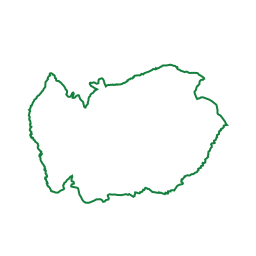 outline of Kazumba, Kasaï-Occidental, Democratic Republic of the Congo, rotated 74°
{"feature_id": "63176286B97272919542005", "entity_name": "Kazumba", "entity_type": "district", "adm_level": 2, "iso_a3": "COD", "parent_name": "Democratic Republic of the Congo", "parent_adm1": "Kasaï-Occidental", "projection": "albers", "projection_center": [21.968, -6.401], "detail": "fine", "context": "isolated", "style": "outline", "palette": "green", "viewbox_px": 256, "rotation_deg": 74, "n_neighbors": 0, "source": "geoboundaries", "source_scale": "gbopen_adm2", "svg_char_len": 5803}
<svg xmlns="http://www.w3.org/2000/svg" viewBox="0 0 256 256"><g transform="rotate(74 128 128)"><path d="M129.8,36.8L125.3,40.0L123.2,42.0L119.2,47.4L118.7,49.4L119.2,51.3L119.0,52.7L119.2,53.5L117.0,54.0L112.7,54.3L111.5,54.1L110.2,52.3L107.1,50.4L106.7,49.0L106.2,48.7L105.6,47.3L103.5,46.6L102.5,45.8L101.9,44.2L102.3,42.6L101.8,42.2L101.7,41.2L100.7,41.3L99.9,41.8L97.4,43.9L96.7,44.9L94.5,45.9L93.5,48.3L92.0,53.7L91.4,54.6L90.0,55.9L89.8,58.4L89.0,59.1L87.7,61.3L86.3,62.4L85.1,64.1L84.1,64.3L83.5,63.8L83.0,63.8L82.7,64.8L81.3,65.6L80.7,67.2L79.8,68.1L79.3,69.4L78.8,69.8L78.6,73.0L77.5,77.5L78.2,78.8L78.1,79.6L78.9,82.2L78.7,83.0L79.0,83.7L78.3,84.5L79.1,84.7L79.3,85.1L78.2,87.4L78.8,88.6L79.5,92.0L79.8,97.2L80.7,98.6L79.7,99.9L79.8,100.4L80.4,100.9L80.7,102.3L80.1,103.8L79.6,106.9L79.7,107.5L80.6,108.2L80.5,108.9L81.4,109.4L81.6,110.0L81.1,112.0L81.7,112.7L81.6,114.2L82.4,115.1L82.2,115.5L82.9,116.0L83.1,117.1L83.4,117.5L83.7,119.6L83.5,120.1L84.1,121.9L83.8,124.2L83.2,126.3L83.4,126.6L82.8,127.1L83.0,128.7L82.6,129.2L82.7,129.8L82.0,130.8L82.2,131.4L81.6,132.9L81.7,133.9L81.2,134.7L81.3,135.5L81.1,136.3L81.9,137.8L78.9,138.3L75.9,138.2L74.8,138.4L73.4,138.9L73.0,139.7L73.1,142.2L73.8,143.1L76.7,144.1L76.9,145.3L76.7,146.1L75.1,147.6L74.7,148.3L74.8,149.7L74.6,150.6L74.1,151.4L74.2,152.2L75.1,152.6L77.3,152.0L79.2,150.1L81.0,148.6L81.6,148.0L81.7,147.5L82.3,147.0L82.7,148.5L82.6,149.1L83.1,149.5L83.0,150.1L83.9,150.9L84.5,151.8L85.0,153.9L85.9,155.1L87.0,155.6L87.4,156.7L88.4,157.6L91.1,158.6L92.1,159.5L93.7,159.9L95.0,162.0L95.5,162.2L95.9,162.9L96.6,163.3L96.3,163.8L95.4,164.3L90.5,164.0L87.5,165.8L84.9,166.2L83.5,166.1L82.9,166.4L82.7,167.7L83.1,169.1L84.0,170.5L84.2,171.4L83.9,172.7L83.6,173.0L80.2,170.7L78.9,170.8L78.8,171.4L79.6,172.5L81.1,173.6L81.8,174.4L82.0,175.5L81.6,176.5L81.1,177.1L78.7,178.1L77.7,177.1L75.9,176.4L74.6,176.6L73.9,177.3L73.0,177.3L70.6,177.8L65.6,180.2L64.9,181.0L63.8,181.6L63.1,183.3L62.7,183.8L62.0,183.9L60.6,183.5L59.8,184.4L57.4,184.1L56.9,184.3L56.1,185.4L55.3,185.6L54.3,186.5L54.0,187.8L54.6,188.5L56.1,188.3L56.5,190.0L57.7,191.3L58.1,191.5L59.0,191.5L59.1,192.0L59.9,192.6L60.8,194.3L61.6,194.8L65.9,196.3L67.0,198.1L68.6,199.4L69.2,200.8L70.3,201.8L70.5,202.4L72.0,204.4L72.1,205.5L72.6,206.5L73.2,207.3L73.6,207.3L74.0,207.6L74.5,208.4L75.0,210.2L76.3,211.1L77.2,212.3L79.9,214.3L79.8,215.3L81.0,215.6L81.5,216.2L82.6,216.7L83.3,218.1L84.2,217.5L84.9,217.4L85.5,218.1L88.6,219.9L90.2,219.4L91.1,219.8L92.0,220.5L92.6,220.3L93.4,220.5L93.9,220.1L96.7,220.3L97.4,220.7L97.4,221.2L99.5,221.4L100.1,220.5L100.7,220.8L101.0,221.7L102.4,222.8L103.0,223.0L103.7,222.8L104.9,222.0L105.5,222.4L106.3,222.1L106.9,223.1L107.4,222.6L107.9,223.9L108.3,224.0L108.8,223.5L109.7,223.8L110.0,223.1L110.6,223.0L111.1,223.3L111.4,223.0L111.5,221.9L113.4,222.0L114.1,221.1L115.8,220.9L116.6,220.0L118.2,219.0L119.2,219.3L119.9,219.0L120.5,219.1L121.3,220.0L122.8,220.2L125.8,218.7L126.6,218.0L127.0,218.5L127.4,218.5L128.8,217.8L129.5,218.2L128.9,219.8L129.2,220.3L129.8,220.3L130.0,219.7L130.4,219.5L130.5,219.7L130.2,220.4L130.3,220.8L130.7,221.0L131.7,220.4L133.0,220.4L133.9,220.8L135.8,220.8L137.1,220.3L138.1,220.2L140.1,219.3L140.8,219.4L142.1,218.7L142.7,219.0L144.0,218.8L144.6,219.8L145.1,219.9L145.4,219.8L145.7,219.0L146.6,218.7L147.2,219.3L149.2,219.7L150.0,219.2L150.4,219.4L150.8,219.1L152.1,219.1L152.5,219.2L152.8,220.7L152.7,221.1L154.0,221.7L154.5,221.0L156.1,221.2L157.1,220.6L157.8,220.7L158.5,221.4L158.8,221.4L159.2,220.6L160.4,221.4L162.1,220.9L162.5,220.3L165.0,219.4L167.3,219.3L167.7,218.6L168.1,218.5L168.5,217.5L170.2,215.2L170.8,212.9L169.6,210.2L169.3,206.9L168.7,206.1L167.0,206.4L166.2,206.1L165.2,206.1L164.3,205.0L163.4,204.6L162.7,202.7L161.5,201.3L160.9,200.4L160.6,199.0L158.9,196.8L159.0,196.3L158.6,194.9L159.9,195.1L160.6,195.9L162.8,196.8L163.6,196.8L164.6,195.3L166.0,195.1L166.6,195.4L166.7,197.7L168.1,198.7L168.7,198.6L171.3,193.6L171.9,192.9L172.5,192.6L178.5,193.0L181.7,192.1L183.7,191.9L186.4,190.9L188.3,189.0L189.1,185.9L188.5,180.5L187.9,178.2L188.8,174.3L190.0,172.9L192.1,172.3L192.2,170.8L191.2,168.9L191.3,166.5L190.2,165.8L187.5,166.2L186.9,165.7L186.6,164.0L187.7,161.6L188.2,159.2L188.7,158.1L189.3,157.1L190.7,152.9L191.1,148.0L192.3,146.4L191.8,145.1L195.6,141.8L195.1,140.3L194.3,140.2L193.7,139.8L193.4,139.3L191.9,138.9L192.4,137.6L193.4,136.3L194.0,134.8L193.7,134.2L193.0,133.9L193.2,133.3L193.1,131.8L191.5,130.4L192.1,129.6L191.9,129.2L190.3,127.8L190.6,127.1L192.1,125.7L192.2,124.9L192.6,124.4L194.1,123.7L194.7,123.0L196.3,122.2L196.9,120.4L198.5,117.5L198.6,116.9L198.3,116.1L199.0,115.8L199.3,114.8L199.2,114.2L201.0,112.1L201.7,110.9L200.5,109.8L201.3,108.4L201.6,109.0L202.0,107.6L201.6,107.3L201.2,107.6L199.9,107.0L200.7,104.6L199.9,104.2L199.8,103.9L200.2,101.8L200.8,100.8L197.3,96.8L196.7,94.6L196.9,91.2L196.6,90.6L195.6,90.6L194.3,91.6L193.8,91.2L192.8,91.1L192.1,90.5L192.5,89.9L190.8,87.5L190.8,87.1L190.1,87.0L189.8,84.0L190.7,82.0L189.9,79.4L190.3,78.1L190.1,77.2L189.5,76.0L189.4,74.1L189.1,73.4L188.2,72.8L188.1,72.1L187.7,71.7L186.6,71.8L186.5,71.6L186.3,68.8L185.1,68.7L184.7,68.3L184.8,66.3L184.6,66.1L182.4,66.1L182.1,65.7L182.7,64.6L182.4,63.2L181.6,63.1L181.0,62.6L179.6,62.6L177.9,58.9L176.4,58.8L175.6,57.9L174.7,57.9L172.9,57.1L172.4,55.6L170.6,54.5L169.8,53.6L169.5,52.8L167.8,52.3L166.7,52.7L166.1,52.1L165.9,51.2L166.3,50.0L166.3,48.8L165.9,48.7L165.1,49.1L163.9,48.8L163.7,47.1L161.5,45.5L161.5,45.0L160.4,44.9L160.1,44.6L159.4,44.5L158.8,42.2L156.3,41.3L156.2,40.6L155.7,40.0L156.1,39.8L156.0,39.5L155.6,39.1L154.5,38.7L154.5,37.3L153.4,35.6L152.2,35.4L152.0,34.8L152.4,32.0L150.6,32.8L148.8,32.9L142.1,35.4L141.1,36.1L139.6,37.6L138.9,37.9L137.6,37.7L135.5,37.0L130.6,36.6L129.8,36.8Z" fill="none" stroke="#15803d" stroke-width="2"/></g></svg>